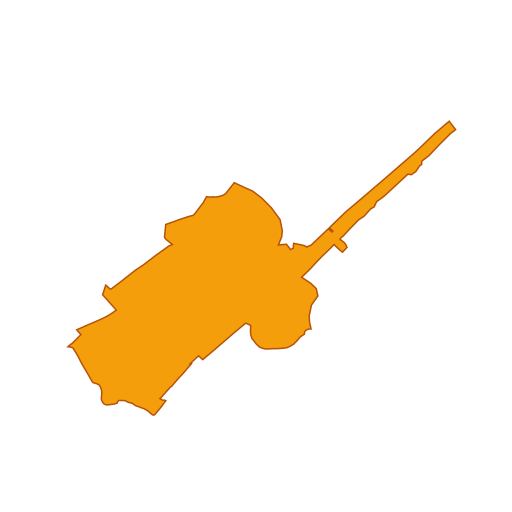 the district of Darasti-Ilfov, Giurgiu, Romania, rotated 198°
{"feature_id": "2599482B23648906177266", "entity_name": "Darasti-Ilfov", "entity_type": "district", "adm_level": 2, "iso_a3": "ROU", "parent_name": "Romania", "parent_adm1": "Giurgiu", "projection": "albers", "projection_center": [26.019, 44.304], "detail": "fine", "context": "isolated", "style": "filled", "palette": "amber", "viewbox_px": 512, "rotation_deg": 198, "n_neighbors": 0, "source": "geoboundaries", "source_scale": "gbopen_adm2", "svg_char_len": 4056}
<svg xmlns="http://www.w3.org/2000/svg" viewBox="0 0 512 512"><g transform="rotate(198 256 256)"><path d="M113.9,443.9L123.6,428.2L133.6,409.4L137.1,403.1L155.3,372.9L169.7,349.3L171.2,346.8L184.1,326.0L187.4,319.8L193.8,307.8L194.9,305.5L190.6,303.5L191.3,302.2L195.4,304.1L195.6,304.2L196.0,303.5L201.3,293.8L205.4,286.2L207.0,283.3L210.7,280.2L210.9,280.4L212.5,280.7L214.8,280.7L218.6,280.3L224.1,279.7L223.6,277.3L223.0,274.9L225.1,272.8L230.7,276.6L238.1,273.4L237.5,282.4L238.8,288.2L244.4,298.1L256.4,306.7L268.5,312.9L279.3,316.7L288.3,317.6L299.4,319.0L299.9,317.4L302.6,310.1L303.9,306.5L305.6,304.0L308.5,301.9L309.3,301.3L313.0,299.4L313.7,299.3L314.5,299.2L315.0,299.0L317.3,298.1L319.2,297.5L319.6,297.4L320.9,297.2L321.4,297.1L321.4,296.9L322.8,289.9L322.9,289.7L325.3,283.0L325.3,282.8L326.2,280.3L327.6,276.5L328.4,275.3L329.6,274.4L330.4,274.0L332.0,272.9L333.0,272.2L339.2,267.7L339.5,267.5L345.9,262.4L346.1,262.3L351.6,258.1L349.4,248.3L349.2,247.2L348.9,245.9L348.6,245.3L347.8,244.6L346.0,243.7L339.1,241.1L339.5,240.7L341.8,238.8L351.6,225.5L353.2,223.2L360.4,212.7L365.8,205.9L368.8,201.6L368.9,201.4L370.3,199.3L372.5,196.0L374.9,192.4L375.7,191.2L378.5,187.1L383.6,179.8L384.8,179.6L387.3,180.8L389.6,181.8L389.9,181.9L390.0,181.9L390.0,181.5L389.9,180.0L389.9,179.1L389.9,177.7L389.9,177.0L389.9,176.4L389.9,175.3L390.0,171.8L372.2,161.4L374.1,158.7L376.2,156.0L377.7,154.2L379.1,152.7L382.8,149.0L385.7,146.4L396.0,137.3L403.7,130.4L403.3,130.1L398.2,127.1L399.8,124.0L402.8,118.1L403.6,116.6L403.8,116.1L405.1,114.5L405.9,113.2L406.6,111.9L406.8,111.6L404.2,112.1L403.6,112.2L402.5,112.0L401.3,111.8L399.8,110.3L397.9,108.8L395.3,106.6L393.8,105.1L389.5,100.8L386.2,97.8L383.0,94.9L379.1,91.5L375.9,88.6L374.9,87.7L372.8,85.7L371.9,85.2L368.0,85.3L365.6,85.0L363.5,83.4L361.3,80.4L360.3,77.9L359.8,76.1L359.5,74.1L358.7,71.8L357.8,70.6L356.5,69.4L355.2,68.5L354.2,68.3L353.1,68.1L351.7,68.3L348.6,69.7L344.7,71.6L342.6,73.1L342.6,74.8L341.5,76.4L339.1,77.0L337.8,77.5L336.4,77.8L335.0,77.9L332.6,77.4L330.4,77.4L329.1,77.7L327.6,77.5L325.8,76.9L324.7,76.5L323.4,76.4L321.4,76.4L319.4,76.3L317.8,76.2L315.6,76.2L312.3,75.6L311.1,75.2L310.2,75.0L309.2,74.5L307.6,73.7L306.5,73.3L305.3,73.0L304.8,72.9L304.2,73.2L303.6,73.4L303.1,74.2L300.9,79.6L299.7,82.6L298.0,87.8L297.0,90.5L298.5,90.7L299.5,90.2L300.9,90.1L303.3,90.7L302.7,91.6L301.7,94.0L300.4,96.9L296.9,105.0L296.0,105.8L294.1,110.6L292.1,115.3L289.1,121.7L288.9,122.0L288.2,123.8L285.3,130.8L284.2,133.5L285.3,133.2L281.6,140.1L279.9,142.9L279.7,143.3L279.2,143.0L277.1,142.1L275.5,141.3L274.9,141.1L274.6,141.0L267.1,153.1L254.6,173.7L254.5,173.9L245.2,188.8L244.1,188.9L239.7,188.4L239.3,187.4L238.3,183.6L237.1,180.4L236.4,179.1L235.1,177.2L234.5,176.4L233.9,176.0L230.5,173.7L228.9,172.6L226.9,171.6L225.0,170.7L224.1,170.4L221.3,170.3L220.0,170.3L218.0,170.6L216.9,170.9L214.0,172.0L211.8,172.9L207.6,174.3L203.8,175.8L202.1,176.5L200.4,177.3L198.2,178.4L197.1,179.4L194.9,181.5L192.9,183.9L192.4,185.0L191.1,187.4L190.1,189.7L189.5,191.5L188.9,192.5L188.2,193.6L187.3,194.8L186.4,195.9L185.8,196.6L185.8,196.9L186.0,197.6L186.2,197.9L186.3,198.7L186.0,200.0L185.5,200.8L183.7,202.6L183.4,202.9L182.2,203.2L181.1,203.6L181.3,203.9L182.0,205.2L182.1,205.3L183.4,207.6L184.4,209.2L184.7,209.8L187.0,215.8L187.3,219.5L188.1,226.5L184.8,237.1L188.6,243.6L193.7,246.1L195.6,247.0L206.0,249.9L200.6,260.1L196.9,268.3L193.1,276.0L192.6,277.0L188.6,284.4L185.9,289.8L185.3,291.0L181.7,289.2L177.9,287.5L175.5,286.5L174.9,286.4L174.8,286.5L174.0,288.3L172.1,292.3L173.6,294.1L175.9,295.9L179.1,297.1L180.1,297.5L181.2,297.5L181.0,299.3L179.2,302.0L175.4,310.3L173.7,313.7L171.9,317.4L169.7,321.9L165.5,327.3L161.5,336.2L158.8,339.2L158.1,344.9L156.6,346.9L152.5,352.7L136.8,380.8L133.4,381.3L130.1,385.7L128.3,392.1L126.8,394.2L127.6,397.5L126.3,399.4L124.9,401.4L123.6,403.4L123.1,404.0L122.6,404.7L118.7,413.0L116.6,417.3L116.5,417.6L115.6,419.4L108.9,432.5L105.2,437.9L108.9,440.4L113.5,443.6L113.9,443.9Z" fill="#f59e0b" stroke="#b45309" stroke-width="1.5"/></g></svg>